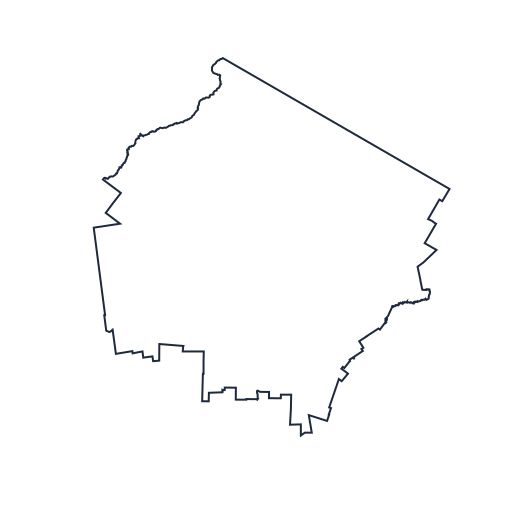 the district of Bourke, New South Wales, Australia, rotated 30°
{"feature_id": "25037944B48990901921332", "entity_name": "Bourke", "entity_type": "district", "adm_level": 2, "iso_a3": "AUS", "parent_name": "Australia", "parent_adm1": "New South Wales", "projection": "robinson", "projection_center": [144.371, -29.996], "detail": "fine", "context": "isolated", "style": "outline", "palette": "slate", "viewbox_px": 512, "rotation_deg": 30, "n_neighbors": 0, "source": "geoboundaries", "source_scale": "gbopen_adm2", "svg_char_len": 5950}
<svg xmlns="http://www.w3.org/2000/svg" viewBox="0 0 512 512"><g transform="rotate(30 256 256)"><path d="M381.3,367.4L400.0,363.3L398.7,356.8L398.3,356.9L397.0,350.2L395.1,350.6L389.3,321.1L392.8,321.6L394.5,311.9L386.3,310.9L386.6,308.6L388.5,308.8L389.8,300.0L389.9,299.9L388.9,299.0L390.5,295.8L392.0,295.9L392.0,295.4L390.9,295.1L396.0,284.8L393.8,283.9L394.9,281.8L388.0,278.2L391.9,270.6L391.7,270.6L398.3,257.6L400.1,257.8L401.1,249.3L401.8,249.4L402.0,247.3L401.7,247.8L401.3,248.1L400.9,248.0L400.4,247.4L400.3,247.2L400.8,247.2L400.9,246.6L401.3,246.2L400.9,244.8L400.7,244.7L400.4,245.4L399.5,245.2L399.9,244.2L400.3,241.7L399.4,232.1L399.6,232.0L399.3,231.7L399.9,231.5L399.6,230.8L399.8,230.7L399.9,230.8L400.7,230.6L401.5,230.0L401.6,229.2L401.4,228.8L401.6,228.5L402.1,228.3L402.3,228.5L402.5,228.5L402.7,228.2L402.8,228.0L403.4,227.5L403.9,227.6L404.0,227.5L404.0,227.2L403.9,227.2L403.8,226.6L403.5,226.4L403.6,226.2L404.1,226.1L404.1,225.6L403.8,225.3L404.1,225.2L404.3,224.7L404.5,224.9L405.0,224.4L405.7,224.3L405.9,223.7L406.4,224.1L406.6,224.1L406.6,223.5L406.9,223.2L406.6,223.1L406.6,222.8L407.0,223.0L407.0,222.6L408.0,221.7L408.0,221.3L408.9,221.3L409.4,220.9L409.5,220.4L409.6,220.7L410.1,220.5L410.2,220.8L410.5,220.7L410.9,219.9L411.3,219.9L412.3,219.5L412.6,219.1L412.9,219.3L413.0,218.9L413.8,218.4L414.2,218.4L414.6,218.6L415.0,218.5L415.3,218.7L415.8,218.4L416.2,218.1L416.3,217.6L415.8,217.0L415.9,216.8L416.4,217.3L416.4,217.0L417.0,216.4L416.8,216.3L416.9,215.8L417.8,215.1L418.6,215.1L418.6,214.9L418.4,214.8L418.5,214.5L418.8,214.7L419.2,214.5L419.4,214.1L420.7,212.9L420.8,212.3L420.9,212.0L421.0,211.5L421.3,211.2L421.6,211.4L421.8,211.0L422.3,210.9L422.4,210.5L422.7,210.2L423.3,210.0L423.5,209.5L423.9,209.4L424.1,208.7L424.4,209.1L424.8,208.8L425.5,208.7L425.4,208.3L425.7,208.2L426.4,207.5L426.8,206.7L426.5,205.7L425.9,204.9L425.8,204.3L425.5,203.7L425.3,203.0L425.5,202.6L425.3,202.1L425.4,201.7L424.3,199.6L423.6,199.5L423.2,199.1L423.2,198.6L422.9,198.2L420.3,199.5L420.6,200.2L416.9,202.1L410.6,195.0L410.4,194.6L401.3,184.5L404.2,177.9L409.3,160.5L395.7,160.6L395.8,138.0L393.8,138.0L390.9,137.6L386.6,138.0L386.6,115.4L389.9,115.4L390.1,101.2L128.3,101.2L127.8,102.5L127.2,102.8L126.7,103.3L126.4,103.9L126.4,104.3L126.0,105.2L125.5,105.4L125.2,105.8L124.6,108.2L124.8,108.7L124.5,109.9L124.1,110.9L123.6,111.6L123.5,112.7L123.6,113.3L123.5,114.2L124.0,115.5L124.3,115.7L124.4,116.2L125.3,117.5L127.2,118.6L128.6,118.7L131.4,118.0L132.3,118.3L133.3,117.5L133.8,117.3L134.2,117.3L134.8,117.6L134.9,117.9L135.0,118.6L135.3,118.9L135.5,119.5L135.6,120.3L136.4,120.9L136.8,121.7L137.9,122.4L138.3,123.0L138.8,124.3L139.3,125.0L139.7,124.9L139.4,126.5L139.9,127.5L139.8,128.2L139.7,129.2L139.0,129.9L138.7,130.6L138.8,131.6L139.1,132.4L137.9,133.5L137.4,135.2L137.4,135.7L138.3,137.0L138.4,137.3L137.8,137.9L136.8,138.5L135.9,139.5L135.8,140.3L136.4,141.2L135.8,142.6L133.5,143.7L133.2,144.2L132.8,145.5L131.9,145.7L131.5,146.0L131.5,147.0L130.4,148.2L130.0,149.4L129.8,150.8L131.0,153.9L130.9,154.9L131.0,155.7L131.4,156.8L131.9,156.8L132.0,157.0L131.9,157.5L132.4,158.0L132.5,158.8L131.7,161.0L131.8,161.7L131.5,163.2L131.7,164.6L131.6,165.2L131.1,165.7L130.8,166.5L131.0,167.8L130.9,168.2L130.4,169.4L129.7,170.2L129.6,171.1L128.6,171.7L128.3,172.9L127.2,173.7L126.4,174.8L126.3,175.3L126.0,175.6L126.1,175.8L125.9,176.7L124.0,177.7L123.0,179.3L121.7,180.4L121.3,181.0L121.0,181.1L121.0,180.5L120.8,180.4L119.8,181.6L119.4,181.9L119.2,182.5L118.9,182.8L118.9,183.3L118.5,183.4L118.3,184.3L118.0,184.6L117.0,185.2L116.5,185.8L116.3,186.3L115.5,186.8L115.3,187.6L114.4,189.2L113.8,190.1L113.4,190.3L112.5,190.5L111.3,191.9L110.8,192.2L109.2,192.6L108.6,193.1L108.3,194.3L107.8,195.1L107.4,195.4L107.2,195.4L107.0,196.0L107.1,196.4L106.7,196.7L106.7,197.1L106.9,197.7L106.8,198.1L106.1,199.0L105.1,199.5L104.8,199.6L104.7,199.4L103.9,199.7L103.5,200.1L103.7,200.3L103.4,200.9L102.9,201.3L102.3,201.9L102.0,202.6L102.0,203.0L102.3,203.6L102.2,203.9L101.5,204.5L100.9,205.4L99.9,206.4L99.5,207.0L98.8,207.5L98.5,207.8L98.4,208.7L94.7,208.1L94.7,208.3L95.9,209.5L94.4,211.1L95.8,212.5L94.9,213.1L94.3,213.8L94.4,214.3L94.0,214.6L93.9,215.3L94.3,217.1L94.7,218.1L95.2,218.7L95.1,219.3L95.0,221.6L94.8,221.9L93.4,222.7L93.3,223.7L92.5,224.0L92.1,224.3L92.0,224.8L91.6,225.4L91.5,225.8L92.4,226.9L92.5,227.2L92.3,227.4L91.4,227.8L91.2,228.1L91.3,228.6L91.9,229.4L93.1,230.1L93.2,230.6L92.9,230.9L93.1,231.2L94.4,231.7L94.6,232.0L94.7,232.6L94.3,232.9L94.5,233.2L94.4,233.7L94.9,234.9L94.9,235.2L94.8,235.6L95.3,237.0L95.2,238.1L95.6,238.7L95.4,240.3L95.7,240.9L95.0,241.7L94.8,242.4L95.0,243.0L94.9,244.0L94.4,244.6L94.8,245.5L95.1,246.9L94.9,247.1L94.0,246.9L93.5,247.3L93.8,247.8L93.6,248.4L94.0,249.8L93.6,250.6L93.6,251.2L94.1,252.6L94.0,253.4L94.2,253.7L94.0,254.0L94.1,254.4L93.6,254.7L93.6,256.1L92.4,258.6L92.1,258.9L91.0,259.3L90.7,259.8L90.1,260.0L89.9,260.2L89.7,261.1L89.3,261.6L89.3,262.9L89.2,263.2L88.7,263.4L87.8,263.4L87.3,263.7L87.2,263.9L86.8,263.6L85.8,263.9L85.3,264.8L85.2,265.4L85.4,266.0L85.3,266.3L107.5,269.0L105.8,281.2L104.3,293.8L122.1,296.0L101.3,312.6L154.9,382.7L154.2,383.2L163.6,395.5L164.0,395.6L165.0,395.4L166.6,395.2L167.2,395.0L167.7,394.4L167.7,394.0L167.8,393.7L168.5,392.9L168.6,392.5L168.4,391.7L168.6,391.4L183.6,410.8L196.5,400.2L197.8,402.0L205.4,395.4L209.2,400.4L216.5,394.7L219.5,398.5L224.5,395.0L216.3,380.6L238.1,370.2L238.4,371.3L240.3,375.3L258.5,364.8L263.1,373.2L269.5,384.3L268.9,384.6L282.0,408.7L287.7,405.5L283.6,398.0L295.1,390.8L293.8,388.7L295.1,388.5L295.2,388.1L295.9,387.7L294.7,385.6L304.4,380.1L310.3,390.5L319.4,385.3L319.1,384.8L327.8,379.8L328.9,379.9L329.1,378.4L328.6,378.3L326.4,374.8L325.5,374.2L324.4,372.5L324.7,371.8L327.5,371.6L335.3,367.2L338.3,372.7L348.6,366.8L346.9,363.6L355.8,358.5L362.9,371.4L369.8,385.1L379.0,379.4L384.6,389.0L386.6,384.6L392.6,381.1L381.3,367.4Z" fill="none" stroke="#1e293b" stroke-width="2"/></g></svg>